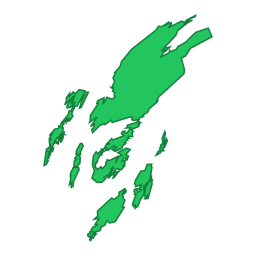 Alstahaug nor, Nordland, Norway
{"feature_id": "86288312B9312616634750", "entity_name": "Alstahaug nor", "entity_type": "district", "adm_level": 2, "iso_a3": "NOR", "parent_name": "Norway", "parent_adm1": "Nordland", "projection": "albers", "projection_center": [12.459, 65.887], "detail": "fine", "context": "isolated", "style": "filled", "palette": "green", "viewbox_px": 256, "rotation_deg": 0, "n_neighbors": 0, "source": "geoboundaries", "source_scale": "gbopen_adm2", "svg_char_len": 5811}
<svg xmlns="http://www.w3.org/2000/svg" viewBox="0 0 256 256"><path d="M208.2,28.1L195.6,32.4L185.5,42.4L177.7,46.6L176.6,49.2L170.7,51.6L169.6,50.3L169.0,52.9L161.0,56.9L164.7,50.6L162.9,51.1L161.9,50.7L164.4,49.9L165.3,51.4L169.9,47.0L163.6,48.4L175.8,35.4L177.6,30.7L185.0,24.8L184.0,24.9L184.9,23.2L185.6,23.9L192.5,20.0L188.6,21.7L190.2,20.3L187.3,21.3L188.4,20.5L187.5,19.9L195.3,16.5L195.6,15.4L185.5,20.7L187.2,19.9L187.0,21.6L186.0,22.3L186.9,21.4L183.4,22.7L184.5,22.2L181.6,21.1L168.3,27.8L171.5,24.1L171.2,22.7L164.6,25.4L169.3,21.6L162.0,26.6L158.5,26.2L156.0,30.1L131.8,49.1L121.6,61.4L120.1,66.3L114.7,72.7L115.4,72.9L113.0,78.1L114.7,81.3L112.5,86.0L113.2,87.3L111.0,87.3L113.6,89.5L112.5,91.0L114.5,92.8L114.2,95.6L115.0,96.8L112.6,99.3L106.8,97.3L102.9,104.2L104.0,97.8L97.7,100.7L96.9,103.2L98.4,103.1L90.2,115.7L90.7,117.7L89.9,118.8L90.6,119.7L89.6,122.3L97.2,117.1L90.6,126.5L94.2,124.2L94.0,127.0L91.7,129.4L92.6,132.6L100.1,125.2L105.4,123.8L104.3,125.0L111.2,120.2L112.2,122.5L129.8,117.0L132.7,117.2L131.7,119.6L133.6,120.5L138.0,119.5L136.9,122.3L127.1,125.4L127.6,127.2L126.3,128.0L130.8,127.8L126.3,133.6L124.5,132.5L125.0,131.2L122.3,131.5L121.4,133.6L123.9,135.7L112.7,140.0L111.7,138.6L107.0,143.6L110.2,143.8L106.3,144.4L104.4,148.1L106.8,147.9L105.0,150.9L108.2,149.5L107.6,150.7L113.9,145.6L115.0,146.8L112.0,149.4L114.1,150.7L117.1,146.7L114.3,150.9L115.2,151.5L122.0,148.2L123.1,144.9L124.8,144.4L124.3,142.7L125.9,143.0L125.6,140.7L127.8,140.0L127.5,138.1L129.2,138.2L128.2,137.5L128.5,136.2L132.7,136.7L132.1,132.8L133.3,131.4L131.6,129.5L138.5,126.6L139.5,124.3L138.2,124.0L140.6,122.4L138.3,121.7L139.9,117.7L143.7,116.4L143.0,115.0L147.6,112.3L149.2,108.8L157.1,102.1L157.8,100.2L156.8,100.4L158.5,97.1L184.0,73.7L184.4,69.4L181.3,58.0L185.4,56.1L190.6,48.2L212.0,36.7L208.2,28.1ZM125.5,188.4L119.1,192.2L119.0,195.5L114.2,199.5L111.7,198.0L97.5,211.1L97.6,216.1L94.2,219.3L99.0,218.4L95.1,224.2L97.2,224.9L92.5,227.4L91.0,230.5L93.0,231.8L89.9,231.8L90.0,233.7L88.3,233.5L87.6,235.7L90.6,237.8L89.6,239.8L90.7,240.6L91.6,238.3L91.0,237.1L93.0,238.1L92.1,235.5L93.3,233.6L94.3,233.5L94.1,236.5L96.3,233.7L94.1,232.3L100.1,230.6L101.3,226.8L104.7,225.4L107.0,220.7L109.4,223.0L115.2,221.7L124.2,207.3L122.4,207.2L124.9,200.1L123.1,198.1L123.5,196.2L122.5,197.6L122.9,195.9L122.1,194.7L123.4,191.9L124.6,192.0L124.3,193.6L125.6,192.6L126.3,189.9L124.6,192.0L123.7,191.1L125.5,188.4ZM103.9,148.9L101.3,149.1L102.0,150.0L100.2,151.4L101.4,153.0L99.4,152.0L98.0,154.0L96.2,151.7L93.4,155.8L92.4,164.8L94.4,170.8L91.9,178.2L97.0,182.4L101.7,182.3L105.6,178.8L104.0,177.4L108.9,174.3L111.6,170.1L111.0,168.8L113.2,167.0L113.8,167.8L110.4,174.1L107.1,177.5L108.9,177.9L113.4,173.0L112.8,174.7L114.3,174.6L113.0,178.0L113.9,177.7L119.0,171.2L113.6,172.9L116.4,168.7L121.3,169.8L124.6,165.9L123.1,165.4L124.7,164.3L125.2,160.1L121.9,161.5L123.7,157.7L126.3,157.8L125.3,159.9L127.0,160.0L128.5,156.0L125.6,154.7L130.3,149.6L126.4,148.1L117.8,152.7L122.1,155.1L118.7,156.8L115.5,162.8L117.9,156.4L108.9,160.7L107.3,159.6L105.6,163.7L106.4,164.5L102.1,168.8L101.0,166.8L97.5,169.5L95.2,166.7L95.6,164.9L94.8,163.8L97.0,162.8L97.7,159.6L100.4,154.6L101.4,155.2L103.9,148.9ZM84.9,90.9L79.3,89.6L75.3,93.8L73.2,91.9L69.4,96.5L69.6,93.3L66.1,98.2L66.6,100.4L64.7,104.9L75.0,95.0L72.2,102.9L71.4,103.0L72.6,98.8L71.7,98.7L66.9,106.0L67.0,107.9L70.5,107.2L75.0,101.8L70.7,111.5L69.3,110.6L67.9,115.0L61.3,123.0L59.9,127.0L58.4,125.5L59.0,127.2L58.0,128.6L54.7,129.1L49.4,135.6L53.1,132.1L49.4,138.1L49.3,139.7L50.6,138.5L51.2,139.4L49.3,140.9L49.7,145.1L50.9,143.9L50.1,146.5L46.5,149.2L44.0,165.6L46.2,164.6L47.3,162.6L47.0,160.6L48.1,161.0L47.5,159.1L48.6,158.2L47.8,156.9L48.9,157.0L48.7,153.5L48.9,153.9L49.5,153.1L48.0,151.8L49.8,151.6L50.9,146.6L51.7,148.1L49.9,151.2L49.6,156.4L51.1,151.3L52.6,151.6L53.5,148.1L51.8,149.1L54.8,140.3L54.1,143.6L56.2,141.4L55.7,140.2L56.7,138.4L58.5,136.8L57.4,138.4L58.5,138.0L58.3,141.3L56.4,143.1L58.2,144.0L58.8,139.5L60.8,136.6L59.4,140.3L60.2,140.3L61.8,135.7L58.6,137.4L61.1,133.3L61.6,133.9L60.6,135.5L62.1,134.7L62.2,132.7L62.8,134.1L60.6,142.0L61.8,141.3L62.1,137.9L62.9,138.5L63.5,134.6L64.4,134.6L63.7,134.2L64.3,131.9L62.6,131.0L63.2,128.2L62.6,128.2L63.6,127.8L62.2,127.7L63.1,124.1L64.8,123.7L62.9,123.9L63.9,121.0L65.9,122.6L65.2,120.5L67.8,118.0L66.6,121.6L69.4,117.9L68.0,121.2L69.7,120.7L73.0,115.9L72.0,115.0L72.1,112.1L74.5,107.7L74.0,106.6L77.2,105.9L83.5,94.3L85.0,94.8L81.5,101.1L79.5,108.2L81.2,107.4L88.4,92.3L84.5,92.3L84.9,90.9ZM151.7,164.2L147.2,164.4L144.9,170.6L140.6,171.3L135.7,179.9L134.6,183.5L135.9,186.0L135.1,186.8L141.4,184.7L139.9,187.3L140.7,187.6L138.5,189.0L141.0,190.0L137.5,192.4L137.2,188.8L134.6,189.2L134.1,191.4L135.1,193.8L134.5,194.5L135.9,194.7L132.4,204.4L133.5,206.7L135.3,205.2L135.1,208.3L137.9,206.3L140.5,199.4L143.4,195.6L144.5,191.2L143.6,189.1L144.7,186.1L143.9,186.1L148.7,181.5L150.3,177.5L151.0,177.7L144.7,189.5L145.4,190.3L144.6,193.9L145.3,197.7L144.5,198.7L145.9,198.9L147.3,195.9L147.8,199.2L152.0,184.4L151.9,180.7L150.4,181.0L152.1,180.2L151.0,179.7L152.0,179.4L151.2,177.3L151.7,175.3L150.4,177.0L152.0,167.0L151.2,166.2L151.7,164.2ZM81.7,143.2L79.9,144.1L76.6,150.5L76.0,154.0L77.8,154.2L74.7,158.5L76.2,159.4L74.3,161.1L73.8,166.8L77.1,166.5L80.0,163.0L80.2,157.1L78.2,154.4L80.6,154.5L80.4,151.7L83.3,145.8L81.7,143.2ZM78.6,167.5L73.4,167.3L70.7,172.9L70.4,175.1L71.3,174.6L70.4,175.9L70.7,179.0L69.4,184.7L71.6,182.6L71.1,187.4L73.0,186.5L73.7,181.2L79.1,169.8L78.6,167.5ZM165.4,132.8L164.8,131.5L162.1,138.8L162.9,142.9L160.4,145.5L161.3,147.2L159.6,148.1L160.3,150.8L158.3,151.2L156.1,155.2L160.4,152.9L160.9,150.9L163.8,150.8L162.7,148.1L164.4,147.5L167.4,140.7L166.4,138.8L164.2,146.1L163.6,144.9L165.4,132.8Z" fill="#22c55e" stroke="#15803d" stroke-width="1.5"/></svg>